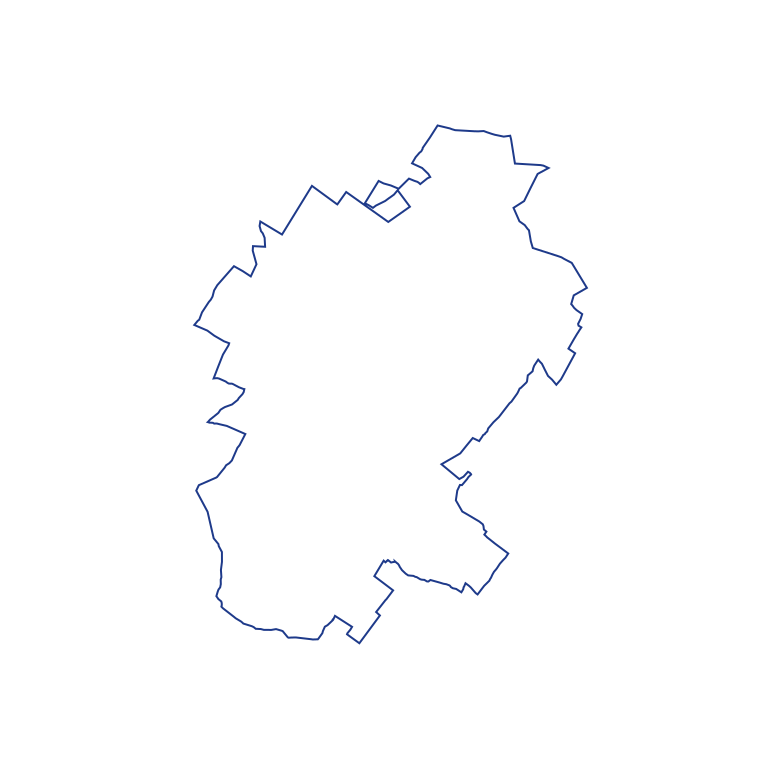 Tekit, Yucatán, Mexico, rotated 301°
{"feature_id": "50627088B28791012424217", "entity_name": "Tekit", "entity_type": "district", "adm_level": 2, "iso_a3": "MEX", "parent_name": "Mexico", "parent_adm1": "Yucatán", "projection": "mercator", "projection_center": [-89.286, 20.569], "detail": "fine", "context": "isolated", "style": "outline", "palette": "blue", "viewbox_px": 768, "rotation_deg": 301, "n_neighbors": 0, "source": "geoboundaries", "source_scale": "gbopen_adm2", "svg_char_len": 4570}
<svg xmlns="http://www.w3.org/2000/svg" viewBox="0 0 768 768"><g transform="rotate(301 384 384)"><path d="M653.9,413.8L653.3,408.2L652.3,405.5L640.4,382.7L659.2,366.9L661.8,364.3L657.7,359.2L655.9,354.0L654.7,350.6L653.9,347.5L652.8,342.5L652.2,339.2L649.2,334.8L647.3,331.5L638.3,314.4L638.1,313.8L637.9,313.0L637.4,311.1L637.0,308.8L636.8,308.2L633.2,296.8L618.8,296.4L608.1,295.7L606.3,295.6L605.4,296.0L602.6,296.1L600.5,295.3L594.7,294.3L587.6,294.4L588.8,305.4L586.9,313.7L585.2,317.0L582.7,315.3L574.0,312.1L574.4,310.3L574.5,308.6L573.8,305.4L572.9,299.6L558.9,296.0L557.7,287.6L555.7,280.3L555.3,274.8L529.1,274.5L529.4,278.8L529.3,283.8L532.8,285.2L541.4,290.7L546.0,292.6L546.8,293.0L551.5,295.0L557.1,295.9L549.3,314.9L525.1,304.2L529.1,252.7L513.9,251.5L513.9,250.9L516.7,220.2L459.6,219.6L459.6,194.3L455.3,196.0L451.7,199.8L450.7,202.5L447.8,206.4L440.4,211.4L434.7,200.7L430.7,202.8L421.0,213.0L407.6,214.4L408.0,204.9L407.7,194.7L382.9,190.2L376.7,190.2L370.6,192.0L367.0,192.1L364.1,191.6L351.7,191.1L344.0,192.5L342.2,191.8L336.9,191.0L338.8,205.1L338.0,213.7L338.2,224.9L339.2,230.3L337.0,230.8L330.0,230.8L326.3,230.8L313.6,232.9L301.0,235.1L301.8,236.1L303.1,238.0L303.7,239.8L304.6,247.0L304.4,248.9L304.4,250.5L305.1,252.1L305.6,252.7L306.1,254.0L306.5,261.3L307.3,265.9L307.7,266.9L304.8,267.9L302.3,267.9L300.5,267.5L297.1,266.8L295.0,266.8L288.2,264.3L282.4,259.6L280.7,258.6L277.7,257.1L273.9,256.9L267.6,254.6L263.8,253.2L260.9,252.7L260.6,252.6L261.0,254.4L261.5,255.2L262.6,257.3L262.6,258.8L264.0,261.0L264.6,263.0L264.8,263.7L267.1,270.8L268.0,277.7L269.7,290.9L257.3,291.7L255.6,291.5L253.9,291.2L240.1,293.0L236.5,292.2L233.0,290.5L231.0,290.5L230.4,290.5L229.5,290.4L218.2,288.8L217.7,288.5L217.4,288.4L201.9,277.4L195.9,278.0L183.6,298.6L164.0,317.5L161.5,324.5L159.9,325.9L156.5,331.6L148.1,336.7L140.6,340.0L134.7,344.1L132.2,344.8L128.4,347.2L125.3,348.3L122.6,348.0L120.4,348.4L115.8,349.6L114.5,352.5L114.4,352.6L113.8,356.5L112.7,357.7L111.0,358.8L109.4,359.3L108.8,361.5L108.3,365.7L107.1,375.6L106.8,377.5L106.8,383.8L106.5,385.6L106.2,386.8L108.3,395.4L108.5,397.5L108.1,400.1L110.5,404.6L111.4,407.7L115.2,414.1L118.3,417.7L119.7,422.9L120.0,424.4L117.3,432.0L117.4,432.9L119.5,436.0L121.5,439.3L127.7,453.0L128.3,454.5L131.1,458.8L132.6,459.0L138.7,459.5L140.7,458.9L145.5,458.3L148.2,459.8L155.0,461.7L155.2,461.4L156.0,461.4L156.2,461.8L160.0,461.4L159.4,481.7L156.1,481.7L151.5,481.0L150.4,481.2L149.1,496.4L183.5,499.7L184.5,494.7L199.7,496.6L200.6,496.9L211.8,498.1L214.3,474.7L232.4,474.7L231.9,477.1L233.7,477.7L233.9,477.6L235.1,478.0L235.1,478.4L235.0,478.5L235.0,478.8L235.0,479.0L234.9,479.5L234.8,480.7L234.6,482.0L235.7,483.1L236.6,484.2L237.3,485.1L237.6,484.8L237.2,487.0L237.1,488.4L236.3,490.4L235.5,491.4L233.7,495.3L232.6,500.3L232.4,503.3L234.7,508.1L234.8,510.0L235.3,511.5L235.3,512.0L235.3,514.2L235.3,515.6L235.7,517.1L236.9,519.5L236.9,522.5L237.6,523.8L239.9,524.7L242.5,534.1L243.4,537.8L244.5,540.6L245.1,544.0L244.9,544.8L244.4,545.9L244.4,548.2L245.5,551.4L245.3,557.6L247.2,557.6L248.8,557.6L250.9,556.9L251.5,557.0L255.2,556.5L254.8,560.7L254.3,563.2L252.0,570.3L251.8,572.6L262.6,573.8L267.2,575.0L268.5,575.3L269.6,575.6L270.6,575.5L271.5,575.4L273.0,575.5L276.3,575.1L279.6,575.0L282.0,575.4L282.5,575.5L284.3,575.7L289.7,575.9L294.4,576.8L297.7,577.6L302.7,577.8L304.4,561.0L305.4,553.5L305.7,551.1L305.9,550.7L306.6,547.6L310.2,547.8L310.7,544.6L313.5,542.4L314.6,541.0L315.2,536.5L315.1,521.5L315.0,516.8L321.3,505.5L330.4,501.7L336.6,501.1L337.5,502.9L345.3,504.2L347.8,504.3L351.3,505.3L351.6,504.9L352.1,503.2L352.0,501.2L345.5,499.9L341.3,497.5L344.8,474.6L363.8,485.1L374.0,486.5L383.4,487.9L384.1,495.0L386.3,495.1L389.4,495.3L391.4,495.3L392.9,496.2L394.1,496.2L396.5,496.9L399.6,496.2L407.6,497.5L414.9,499.5L432.1,501.5L434.5,502.3L444.5,503.1L446.5,503.0L450.0,502.6L450.9,503.2L458.7,505.3L460.0,505.2L465.5,502.8L466.2,503.1L471.4,504.8L474.4,503.8L477.1,503.3L479.8,503.4L484.3,503.6L483.4,506.2L482.7,508.9L480.4,512.5L479.4,514.0L475.4,520.4L474.3,525.8L472.8,530.1L472.1,532.1L479.0,533.3L482.8,533.2L508.8,532.0L509.3,523.9L520.2,523.7L522.8,523.7L526.6,523.7L528.4,523.8L530.2,523.8L534.2,524.0L534.2,520.7L535.5,519.4L541.0,519.0L546.0,517.9L546.5,510.9L547.2,507.7L548.3,505.2L548.9,503.3L557.7,501.0L570.9,508.4L584.5,482.6L584.0,474.0L584.0,470.9L583.4,468.0L583.2,467.1L577.2,441.5L581.9,436.4L590.4,429.1L590.9,427.2L592.7,422.8L593.2,416.3L601.7,404.3L613.0,409.9L627.1,408.7L643.2,407.5L653.9,413.8Z" fill="none" stroke="#1e3a8a" stroke-width="2"/></g></svg>